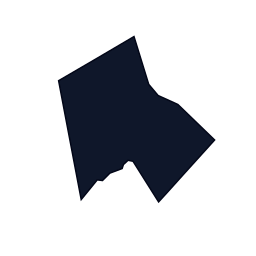 the district of Triunfo Potiguar, Rio Grande do Norte, Brazil, rotated 26°
{"feature_id": "56859067B26261552495963", "entity_name": "Triunfo Potiguar", "entity_type": "district", "adm_level": 2, "iso_a3": "BRA", "parent_name": "Brazil", "parent_adm1": "Rio Grande do Norte", "projection": "natural_earth1", "projection_center": [-37.141, -5.923], "detail": "fine", "context": "isolated", "style": "filled", "palette": "ink", "viewbox_px": 256, "rotation_deg": 26, "n_neighbors": 0, "source": "geoboundaries", "source_scale": "gbopen_adm2", "svg_char_len": 413}
<svg xmlns="http://www.w3.org/2000/svg" viewBox="0 0 256 256"><g transform="rotate(26 128 128)"><path d="M117.3,212.8L119.7,202.6L123.1,188.1L128.1,186.4L131.5,176.5L140.5,167.0L139.9,162.9L142.2,157.0L147.1,155.7L187.9,181.0L191.4,169.1L198.3,145.0L211.1,100.8L162.5,85.0L140.8,85.6L127.5,79.7L93.3,43.2L68.7,80.3L44.9,115.9L64.7,142.4L117.3,212.8Z" fill="#0f172a" stroke="#020617" stroke-width="1.5"/></g></svg>